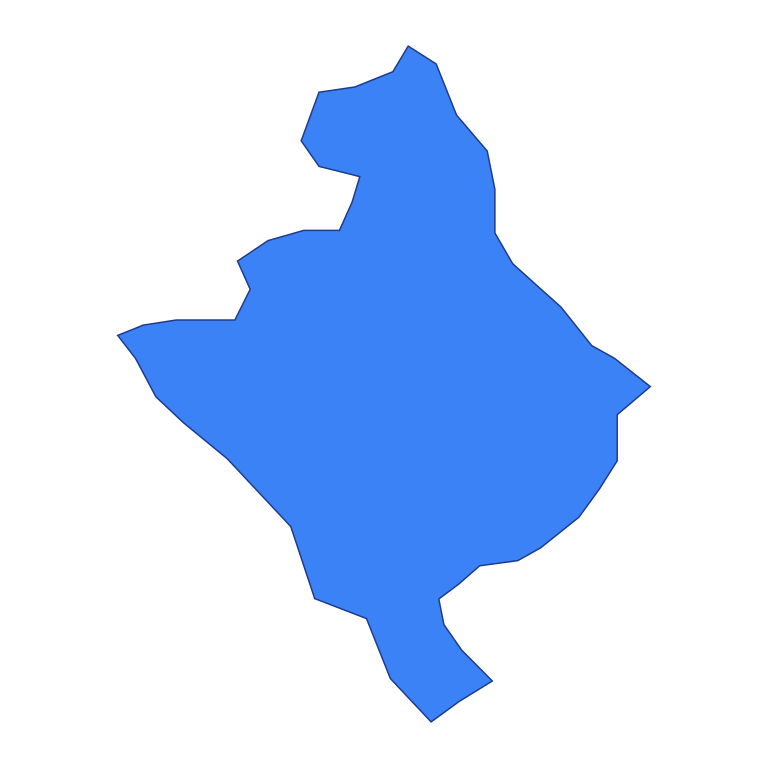 Argaki, Cyprus
{"feature_id": "46923920B73133986650844", "entity_name": "Argaki", "entity_type": "district", "adm_level": 2, "iso_a3": "CYP", "parent_name": "Cyprus", "parent_adm1": "", "projection": "mercator", "projection_center": [33.035, 35.188], "detail": "fine", "context": "isolated", "style": "filled", "palette": "blue", "viewbox_px": 768, "rotation_deg": 0, "n_neighbors": 0, "source": "geoboundaries", "source_scale": "gbopen_adm2", "svg_char_len": 739}
<svg xmlns="http://www.w3.org/2000/svg" viewBox="0 0 768 768"><path d="M390.4,678.6L431.1,721.9L459.2,701.4L492.3,681.0L461.7,650.2L443.9,624.6L438.8,599.0L459.2,583.7L479.6,565.8L517.8,560.6L540.7,547.8L579.0,517.1L599.4,489.0L617.2,460.8L617.2,414.7L650.3,386.6L614.6,358.4L591.7,345.6L561.1,307.2L538.2,286.7L512.7,263.7L494.9,233.0L494.9,189.4L487.2,151.0L456.6,115.2L436.2,64.0L408.2,46.1L392.9,71.7L354.7,87.0L319.0,92.2L301.2,140.8L319.0,166.4L359.8,176.6L352.1,202.2L339.4,230.4L303.7,230.4L268.0,240.6L237.5,261.1L250.2,289.3L234.9,320.0L176.3,320.0L143.2,325.1L117.7,335.4L135.5,358.4L155.9,396.8L183.3,422.6L227.1,458.6L290.8,526.6L314.7,598.6L366.5,618.6L390.4,678.6Z" fill="#3b82f6" stroke="#1e3a8a" stroke-width="1.5"/></svg>